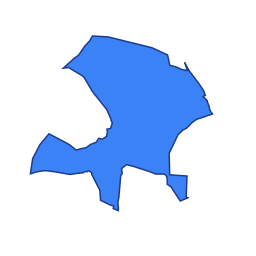 outline of Santo Domingo Yanhuitlán, Oaxaca, Mexico, rotated 26°
{"feature_id": "50627088B16686232310096", "entity_name": "Santo Domingo Yanhuitlán", "entity_type": "district", "adm_level": 2, "iso_a3": "MEX", "parent_name": "Mexico", "parent_adm1": "Oaxaca", "projection": "orthographic", "projection_center": [-97.341, 17.526], "detail": "fine", "context": "isolated", "style": "filled", "palette": "blue", "viewbox_px": 256, "rotation_deg": 26, "n_neighbors": 0, "source": "geoboundaries", "source_scale": "gbopen_adm2", "svg_char_len": 1884}
<svg xmlns="http://www.w3.org/2000/svg" viewBox="0 0 256 256"><g transform="rotate(26 128 128)"><path d="M59.5,167.9L56.1,181.7L55.7,197.2L60.3,211.9L61.6,210.9L63.0,209.5L64.8,207.7L70.4,203.7L73.5,202.1L82.2,199.2L96.2,195.2L100.7,192.1L103.9,190.0L107.5,187.8L107.6,187.0L108.6,185.9L110.1,185.4L110.5,185.2L111.2,183.7L115.1,184.0L115.5,185.4L120.9,189.5L130.0,196.3L131.6,199.1L133.7,202.7L135.0,205.0L145.9,205.0L149.3,204.3L149.6,205.4L150.0,206.9L155.5,206.5L154.6,204.4L151.8,199.9L151.3,198.6L150.8,196.9L150.4,194.9L147.1,186.3L142.8,175.2L142.2,173.7L142.8,172.2L142.7,171.5L142.4,171.0L142.2,170.8L142.0,170.7L141.9,170.1L141.7,169.7L141.4,169.6L140.8,168.8L140.8,168.4L140.6,167.9L140.4,167.3L140.1,167.1L142.8,161.5L150.4,160.0L165.6,157.9L171.1,157.3L173.1,157.3L175.1,156.2L180.0,153.9L181.9,153.4L184.3,154.9L185.8,157.1L187.9,161.4L192.3,162.0L207.0,170.7L212.3,164.6L212.4,164.4L210.6,164.5L205.6,153.4L202.1,145.3L196.9,147.4L191.5,149.6L186.0,151.8L185.8,151.4L181.8,143.7L176.7,133.9L176.1,132.8L175.9,112.3L178.3,105.7L180.7,102.5L183.5,94.4L185.8,90.2L192.3,83.9L193.7,82.3L194.1,81.9L197.8,78.5L197.3,78.1L194.8,76.8L192.5,74.7L192.4,74.1L190.4,72.0L188.6,70.4L188.0,70.0L187.3,68.8L186.7,68.6L186.2,68.8L185.9,68.2L181.7,66.9L183.2,64.7L179.4,61.2L172.6,57.2L157.6,49.6L149.9,44.1L156.2,50.2L151.0,51.8L143.9,52.1L138.1,53.3L131.5,45.0L116.2,45.3L114.1,45.4L73.7,54.1L69.8,55.0L55.7,60.9L55.4,66.3L53.3,73.1L51.7,84.1L49.1,88.9L43.6,102.6L48.1,99.7L65.6,101.3L76.4,108.4L80.1,110.9L93.0,117.0L101.1,120.9L107.7,126.6L108.6,127.1L109.3,128.4L109.9,129.0L111.7,130.3L112.5,136.0L109.6,138.3L111.1,140.4L112.4,145.0L109.7,149.4L106.3,150.0L105.7,154.7L101.4,159.4L99.0,164.0L97.4,165.3L97.2,165.4L95.3,166.9L94.2,167.8L94.0,168.0L93.8,168.1L91.0,170.5L83.0,168.7L80.0,168.5L71.1,168.2L59.5,167.9Z" fill="#3b82f6" stroke="#1e3a8a" stroke-width="1.5"/></g></svg>